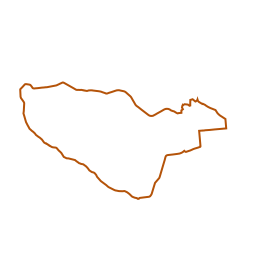 Haarlemmermeer, Noord-Holland, Netherlands (Mercator projection), rotated 73°
{"feature_id": "6326949B97819203783200", "entity_name": "Haarlemmermeer", "entity_type": "district", "adm_level": 2, "iso_a3": "NLD", "parent_name": "Netherlands", "parent_adm1": "Noord-Holland", "projection": "mercator", "projection_center": [4.677, 52.324], "detail": "fine", "context": "isolated", "style": "outline", "palette": "amber", "viewbox_px": 256, "rotation_deg": 73, "n_neighbors": 0, "source": "geoboundaries", "source_scale": "gbopen_adm2", "svg_char_len": 5460}
<svg xmlns="http://www.w3.org/2000/svg" viewBox="0 0 256 256"><g transform="rotate(73 128 128)"><path d="M194.8,144.1L195.2,143.7L195.7,143.1L196.7,141.8L196.9,141.4L197.6,140.1L197.9,139.8L198.2,139.7L198.5,139.5L198.6,139.3L198.7,139.0L198.8,138.8L198.8,138.6L198.8,138.4L198.8,138.2L198.4,137.8L198.3,137.4L198.3,137.2L199.8,128.6L199.9,128.1L199.9,127.8L199.8,127.1L199.7,126.7L199.3,126.3L199.1,125.9L198.8,125.5L198.4,125.1L197.9,124.6L188.7,118.4L188.4,118.2L188.2,117.9L185.2,113.1L185.1,112.9L184.6,112.4L183.3,111.5L174.5,105.7L169.4,102.3L166.8,100.7L166.4,100.4L166.2,100.2L165.9,99.9L165.7,99.5L165.6,99.3L165.5,98.9L165.5,98.3L165.5,97.9L166.4,93.1L167.2,88.4L167.4,86.9L167.5,86.3L167.5,85.8L167.4,84.9L167.4,84.2L167.2,83.3L166.9,82.3L166.6,81.6L166.3,80.9L166.8,80.7L167.8,79.6L167.7,75.8L167.7,75.1L167.4,72.7L167.3,72.2L167.2,70.6L167.2,69.4L167.2,66.7L167.2,66.2L167.1,65.2L167.1,64.4L166.9,64.2L166.7,64.1L166.1,64.0L166.1,63.9L151.5,60.8L152.2,57.5L152.3,57.4L152.7,55.4L152.7,55.0L153.8,50.2L154.7,45.6L154.8,45.1L156.2,38.5L157.1,34.2L148.3,32.3L147.9,32.2L142.9,36.4L142.6,36.6L141.8,37.1L141.1,37.5L140.5,37.8L140.2,38.0L136.4,39.1L133.0,43.4L131.6,44.9L130.9,45.6L130.3,46.1L129.6,46.7L129.1,47.1L128.5,47.5L128.1,47.9L126.8,49.3L126.8,49.7L126.7,49.7L126.5,49.8L126.0,50.6L123.6,52.7L123.0,53.0L122.6,53.2L122.4,53.2L122.2,53.2L121.1,53.2L121.4,53.4L121.5,53.6L121.8,54.1L122.0,54.5L122.3,55.2L122.4,55.5L122.4,55.8L119.4,57.8L119.4,60.2L122.4,61.2L124.7,61.9L124.7,62.7L123.1,63.9L121.8,67.0L122.5,69.3L122.4,69.3L122.5,69.4L124.2,70.4L126.1,70.0L126.8,71.8L129.1,72.5L128.5,75.5L128.6,75.9L128.6,76.1L128.4,76.4L128.3,76.6L128.1,76.8L127.4,77.5L125.9,78.8L125.6,79.1L125.3,79.5L124.9,80.2L124.3,81.0L124.1,81.3L124.0,81.5L123.6,81.8L122.9,82.4L122.7,82.5L122.2,83.0L121.8,83.6L121.5,84.0L121.2,84.7L121.1,85.1L120.9,85.6L120.9,85.9L120.8,86.2L120.8,86.6L120.8,87.4L120.9,88.1L121.7,91.5L122.8,96.7L123.1,97.7L123.3,99.1L123.4,99.4L123.5,99.8L123.6,100.5L123.5,101.3L123.5,101.5L123.4,101.9L123.3,102.2L123.2,102.5L123.0,102.9L122.8,103.2L122.6,103.6L122.4,103.9L122.0,104.2L121.6,104.6L116.0,108.6L114.9,109.4L110.7,112.3L110.4,112.6L109.0,113.6L108.5,113.8L108.1,114.0L107.8,114.1L105.5,114.6L103.0,115.2L100.3,115.8L99.5,116.0L99.2,116.1L98.5,116.4L93.6,119.4L93.1,119.7L92.6,120.1L92.2,120.5L91.8,121.0L91.5,121.5L89.9,124.4L89.4,125.2L89.2,125.8L89.0,126.2L88.9,126.8L88.8,127.3L88.7,127.7L88.7,128.3L88.7,129.6L88.8,133.0L88.8,133.4L88.8,134.2L88.8,136.1L88.9,137.6L88.9,137.9L88.8,138.1L88.8,138.3L88.7,138.6L88.6,138.9L88.3,139.3L88.0,139.6L86.3,142.0L85.5,143.0L85.2,143.5L85.0,143.8L84.7,144.4L84.3,145.2L84.2,145.4L81.8,150.8L81.5,151.3L81.3,152.0L81.1,152.5L80.9,153.2L80.9,153.3L80.7,154.1L80.6,154.4L80.6,154.7L80.6,156.1L80.6,156.3L80.5,156.6L80.4,156.8L79.2,159.0L79.3,159.0L79.2,159.2L78.1,161.1L77.9,161.5L77.8,161.9L77.2,163.9L77.0,164.3L76.7,165.6L76.5,165.9L76.4,166.2L76.2,166.5L74.1,168.4L66.0,176.1L65.9,176.3L65.7,176.6L65.5,176.8L65.5,177.0L65.4,177.2L65.4,177.5L65.5,178.1L65.7,179.6L65.8,180.5L65.9,180.9L66.3,183.8L66.3,184.1L66.3,184.3L65.3,193.5L65.1,194.4L65.0,194.7L65.0,194.9L64.9,195.1L64.8,195.7L64.7,196.4L64.2,198.6L63.6,202.1L63.4,203.1L63.2,204.0L63.0,204.9L62.8,206.1L62.7,206.3L62.6,206.5L62.5,206.8L62.3,207.1L62.2,207.2L62.0,207.4L61.9,207.4L61.6,207.6L60.5,207.9L59.7,208.2L58.9,208.5L58.7,208.6L58.4,208.8L58.2,208.9L58.1,209.1L57.8,209.4L57.0,211.0L56.3,212.5L56.2,212.7L56.1,213.1L56.1,213.4L56.1,213.7L56.2,213.8L56.2,214.0L56.3,214.2L57.8,216.7L59.3,219.4L59.4,219.6L59.5,219.7L59.7,219.8L60.4,220.0L66.7,221.6L67.4,221.6L67.6,221.6L68.0,221.6L68.4,221.5L68.6,221.4L71.6,220.4L72.7,220.1L73.0,220.0L73.6,220.0L73.8,220.0L74.2,220.1L81.3,222.7L83.5,223.7L83.8,223.7L84.1,223.7L86.2,223.7L92.5,223.8L93.1,223.7L94.2,223.5L96.5,223.1L97.6,222.8L97.9,222.8L98.2,222.7L99.3,222.5L99.9,222.4L100.2,222.2L101.0,221.7L102.6,220.8L103.2,220.3L103.5,220.1L104.9,219.2L105.0,219.2L105.5,218.9L105.8,218.7L106.3,218.5L107.0,218.3L107.6,218.1L109.3,216.9L110.0,216.4L110.3,216.2L111.3,215.3L111.6,215.1L113.5,213.9L114.0,213.6L114.4,213.5L117.0,212.6L117.6,212.3L118.0,211.9L119.0,210.9L119.2,210.6L119.4,210.5L119.5,210.3L119.9,209.9L120.3,209.6L120.2,209.6L123.5,206.8L124.0,206.3L124.3,205.8L124.6,205.3L125.6,202.9L125.7,202.7L125.9,202.5L126.0,202.4L126.2,202.2L126.5,202.0L127.0,201.8L128.9,201.0L130.0,200.4L131.1,199.7L131.8,199.4L132.2,199.1L133.7,198.7L136.3,198.0L136.8,197.9L137.0,197.7L138.8,195.8L138.9,195.7L139.2,195.2L139.4,194.6L139.5,194.2L139.8,193.6L143.0,188.3L143.2,188.0L143.7,187.7L144.6,187.1L145.1,186.7L145.4,186.5L145.8,186.2L146.1,185.9L147.0,185.3L147.3,185.1L147.5,184.8L147.9,184.2L148.0,184.1L148.6,183.4L148.7,183.2L148.9,182.8L149.2,182.3L149.4,181.8L149.6,181.5L149.9,181.2L150.0,181.1L150.6,180.7L150.8,180.6L151.0,180.4L151.4,180.1L151.7,179.8L151.9,179.7L152.1,179.5L152.5,179.3L153.1,179.0L153.8,178.6L155.3,178.0L156.8,177.5L157.0,177.4L157.3,177.3L158.9,176.0L159.6,175.4L160.0,174.7L160.4,174.1L160.5,173.9L160.8,173.6L161.1,173.3L162.0,172.8L162.3,172.7L163.0,172.4L163.5,172.2L163.9,172.1L165.4,171.9L166.0,171.7L167.5,171.0L170.4,169.7L171.0,169.4L171.5,169.0L175.3,166.2L176.1,165.6L178.4,164.2L178.8,163.9L179.0,163.7L183.4,159.1L183.7,158.7L184.1,158.2L184.2,157.9L185.6,155.3L185.7,155.1L186.8,152.0L187.0,151.0L187.3,149.7L189.0,147.8L190.3,146.8L191.6,145.9L194.7,144.2L194.8,144.1Z" fill="none" stroke="#b45309" stroke-width="2"/></g></svg>